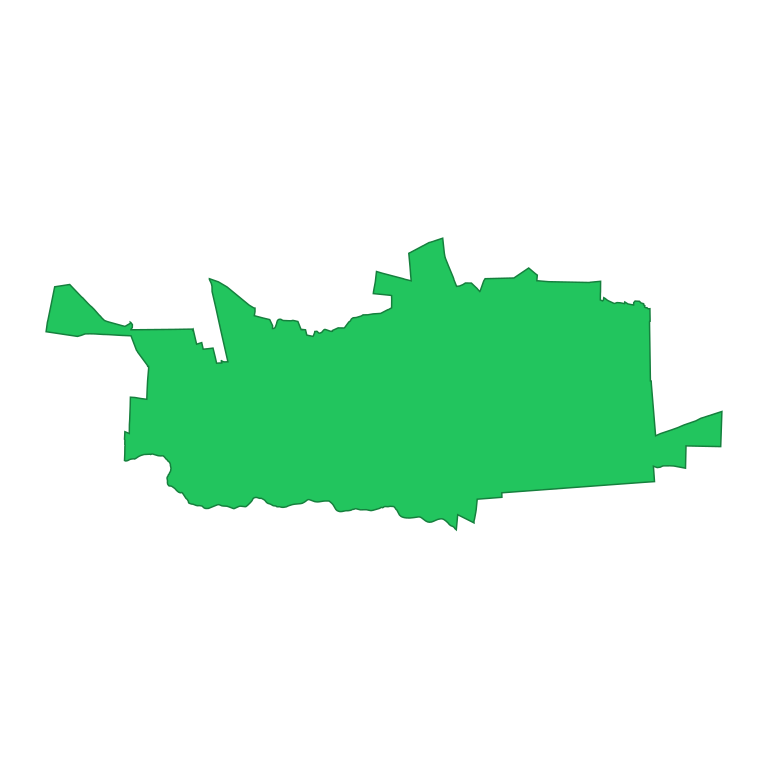 the district of Villagrán, Guanajuato, Mexico
{"feature_id": "50627088B37943890522805", "entity_name": "Villagrán", "entity_type": "district", "adm_level": 2, "iso_a3": "MEX", "parent_name": "Mexico", "parent_adm1": "Guanajuato", "projection": "orthographic", "projection_center": [-101.009, 20.546], "detail": "fine", "context": "isolated", "style": "filled", "palette": "green", "viewbox_px": 768, "rotation_deg": 0, "n_neighbors": 0, "source": "geoboundaries", "source_scale": "gbopen_adm2", "svg_char_len": 6089}
<svg xmlns="http://www.w3.org/2000/svg" viewBox="0 0 768 768"><path d="M649.2,308.8L648.5,308.8L647.5,308.4L647.0,307.7L645.8,307.7L644.6,307.1L644.8,305.6L643.6,304.9L643.7,304.4L643.6,303.7L641.1,303.0L639.4,301.3L635.6,301.1L635.0,301.1L633.7,302.7L633.6,305.0L628.1,304.0L624.8,302.0L624.5,303.6L620.2,302.8L617.0,302.6L614.9,303.4L614.0,303.4L608.0,300.6L606.9,299.9L605.2,298.5L603.8,297.7L603.4,300.1L602.6,300.9L600.3,300.0L600.4,293.5L600.5,291.8L600.6,281.3L590.1,282.3L589.3,282.5L548.6,281.7L536.8,280.7L537.3,275.1L535.4,273.7L528.7,268.0L513.9,278.0L485.1,278.7L483.7,281.0L480.2,290.9L479.8,291.5L478.4,290.1L476.9,288.3L475.8,287.3L471.4,283.1L465.4,283.0L462.9,284.6L459.3,286.1L457.7,286.2L456.6,286.4L453.9,279.7L453.7,278.7L453.0,276.8L448.5,266.0L445.1,257.5L445.2,257.4L444.9,256.5L444.3,253.0L442.7,238.2L430.0,242.4L429.2,242.5L408.8,253.3L410.0,266.4L410.5,272.8L410.6,274.6L411.2,280.8L404.9,279.3L403.2,278.7L382.2,273.2L376.5,271.5L375.3,282.0L374.5,286.3L374.2,287.8L373.5,291.8L373.3,293.6L383.6,294.6L390.4,295.3L391.6,295.6L391.7,299.5L391.6,307.8L388.5,309.6L387.8,309.7L380.7,313.4L373.0,313.9L367.8,314.8L363.0,314.9L361.3,316.0L356.3,317.5L353.1,317.8L351.4,319.0L350.3,321.0L348.8,322.0L344.5,327.8L343.7,328.0L338.1,327.9L332.4,330.5L332.4,331.3L331.6,331.4L330.3,331.2L327.5,330.2L325.4,329.5L324.9,329.5L324.5,329.5L324.1,329.7L323.6,330.2L322.3,331.6L321.9,332.2L321.0,332.7L319.9,333.1L319.3,333.2L318.8,333.0L318.3,332.6L317.3,331.6L316.9,331.3L314.8,331.5L314.8,332.1L313.6,335.3L312.9,336.4L306.8,335.1L305.5,329.8L301.8,329.4L302.0,329.7L301.1,329.6L297.9,321.5L293.5,320.5L292.8,320.4L291.5,320.7L290.3,320.8L283.3,320.5L282.4,320.2L281.2,319.5L280.8,319.3L279.4,319.3L278.6,319.5L278.2,319.8L277.5,320.5L276.8,322.4L276.6,323.5L275.6,326.4L274.9,327.8L274.1,328.3L273.3,328.5L272.5,328.5L272.6,325.7L269.7,319.6L263.0,318.0L254.3,315.7L255.0,311.6L255.0,308.1L254.1,308.0L253.4,307.7L251.4,306.5L249.1,305.1L227.1,287.0L218.5,281.9L209.4,278.7L209.4,279.4L211.3,283.5L212.0,286.4L212.1,291.6L215.9,308.0L221.0,331.3L227.9,361.8L224.5,361.9L223.8,361.8L223.0,361.6L222.3,361.2L221.5,360.7L221.2,361.0L221.5,361.4L221.8,362.9L216.6,363.2L215.2,357.0L213.0,348.1L208.2,348.7L203.2,349.2L201.7,342.6L196.6,344.2L193.1,329.2L192.7,329.7L192.7,329.1L173.6,329.4L130.9,329.8L130.9,329.5L132.3,327.5L132.4,324.6L130.8,322.5L130.3,322.2L130.4,322.9L130.0,323.5L125.0,326.4L122.2,325.7L108.8,322.0L106.8,321.4L104.5,320.5L101.7,317.8L100.5,316.3L99.0,314.9L94.2,309.4L91.7,306.9L90.1,305.6L87.9,303.4L82.4,297.5L82.0,297.4L81.6,297.0L69.7,284.5L54.7,286.8L51.2,304.2L47.9,320.3L47.4,322.2L46.1,331.7L77.5,336.4L81.4,335.3L85.1,333.9L89.9,333.8L94.7,333.9L102.5,334.4L104.2,334.5L104.5,334.4L105.4,334.5L108.4,334.6L121.6,335.4L131.0,335.8L136.5,350.3L137.6,351.7L137.7,352.2L147.3,365.2L147.7,366.4L148.5,366.3L148.7,367.6L147.6,380.7L147.1,390.9L146.8,399.3L140.7,398.5L134.9,397.5L130.4,397.2L130.2,406.4L129.7,419.7L129.4,424.7L129.3,433.5L124.9,431.7L124.5,439.3L124.9,440.0L124.8,444.5L125.0,444.8L125.1,445.5L124.9,446.4L124.8,453.4L124.5,460.5L125.8,461.0L127.7,460.6L130.0,459.4L131.7,459.0L133.8,458.8L134.5,459.0L135.5,458.6L138.8,456.4L140.8,455.5L144.0,454.5L150.1,454.2L150.6,454.5L151.9,454.0L152.5,454.0L158.1,455.7L159.3,455.8L160.2,455.9L162.2,455.8L163.0,455.9L163.4,456.0L165.1,457.7L165.7,458.7L166.7,459.4L167.3,460.1L167.8,460.9L168.5,461.4L169.4,462.2L170.1,463.5L170.4,464.5L170.4,465.6L171.0,468.2L170.9,469.1L170.7,470.0L170.7,470.6L170.4,471.4L169.4,473.2L169.0,474.3L168.5,474.6L167.8,476.4L167.4,476.8L167.0,478.0L167.5,480.9L167.4,482.4L167.6,484.0L168.6,485.5L169.1,485.9L171.2,486.1L171.9,486.4L174.7,488.4L176.7,490.6L178.5,492.1L180.0,492.7L180.9,492.8L181.6,492.5L182.1,492.7L182.6,493.2L186.0,498.4L187.1,499.3L188.2,500.9L188.4,502.0L188.7,502.8L189.1,503.2L191.3,504.0L193.0,504.2L196.1,505.4L197.4,505.7L199.3,505.6L201.5,505.9L202.4,506.3L203.6,507.6L205.2,508.4L206.6,508.5L208.5,508.4L217.4,504.8L218.5,504.6L219.5,504.8L221.8,505.8L223.2,506.0L226.9,506.2L229.1,506.9L233.5,508.6L234.2,508.6L239.0,506.4L239.9,506.2L240.8,506.2L245.3,506.7L246.1,506.5L247.6,505.3L250.2,502.8L251.7,501.1L252.3,500.1L253.0,498.7L253.7,498.1L254.5,497.7L255.8,497.4L257.0,497.5L259.4,498.3L261.4,498.3L264.3,499.9L264.9,500.4L266.6,502.5L268.2,503.5L269.2,503.7L271.0,504.4L272.8,505.5L273.8,505.8L275.7,505.9L276.6,506.6L277.7,506.8L279.6,506.7L280.5,507.0L282.0,507.3L283.6,507.3L285.4,507.0L286.4,506.8L288.5,505.8L292.3,504.6L294.4,504.2L300.8,503.6L302.4,503.2L304.1,502.3L305.5,501.4L307.1,500.1L307.8,499.7L308.3,499.6L309.1,499.6L310.1,499.9L314.7,501.6L316.1,501.8L317.6,501.9L319.1,501.8L323.6,501.1L325.0,501.0L328.6,501.0L329.5,501.3L330.5,502.2L331.7,503.2L332.9,504.5L333.9,506.1L335.1,508.2L335.9,509.5L337.1,510.6L338.2,511.1L339.4,511.5L340.6,511.6L342.0,511.5L345.9,510.7L348.1,510.7L350.1,510.4L351.2,510.1L352.5,509.4L353.8,509.3L355.0,508.8L355.9,508.7L360.3,509.8L361.2,509.8L365.2,509.7L366.4,509.7L370.2,510.5L371.1,510.6L372.9,510.3L379.2,508.5L380.1,508.1L380.8,507.5L381.3,507.4L382.5,507.7L383.3,507.4L384.0,506.8L384.9,506.5L388.0,506.7L390.1,506.3L393.3,506.5L394.2,506.9L395.0,507.8L396.0,509.4L396.8,510.0L399.4,514.9L400.9,516.3L402.2,517.0L404.2,517.6L406.3,517.9L409.7,518.0L413.8,517.6L418.5,516.9L419.3,516.9L420.4,517.2L421.4,517.7L425.6,520.9L427.6,521.9L429.4,522.2L431.5,522.0L433.7,521.2L435.2,520.5L437.8,519.4L440.2,518.9L442.0,518.8L443.7,519.4L445.7,520.8L447.8,522.7L449.4,524.6L450.9,525.7L452.9,526.5L453.9,527.2L454.6,528.0L454.9,528.6L456.3,529.8L457.7,514.7L468.9,520.3L474.0,522.9L474.0,520.9L474.5,519.1L475.2,515.4L475.8,512.1L476.2,509.5L477.2,499.2L501.9,497.3L501.8,492.8L619.4,484.1L645.6,482.2L654.5,481.6L653.4,466.2L657.2,467.6L660.2,467.2L662.9,465.9L670.0,465.8L673.9,466.0L685.5,468.2L686.0,445.9L720.7,446.6L721.9,411.5L700.8,418.3L695.8,420.9L684.4,424.8L677.6,427.7L671.8,429.8L660.5,433.6L655.6,435.8L651.4,384.7L651.2,381.0L650.4,380.9L649.5,321.9L649.8,320.9L650.1,321.0L649.9,308.7L649.2,308.8Z" fill="#22c55e" stroke="#15803d" stroke-width="1.5"/></svg>